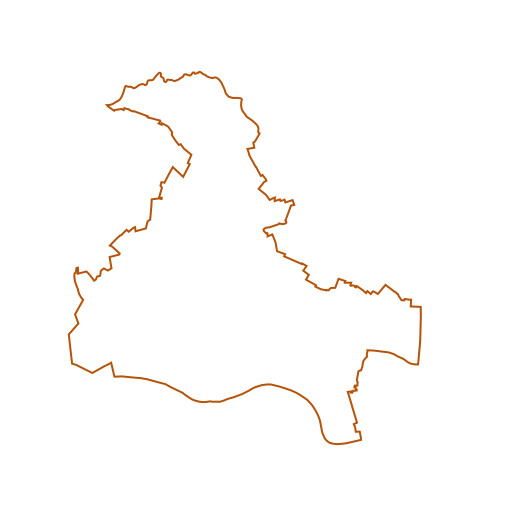 Tien Du, Bắc Ninh, Vietnam (Mercator projection), rotated 17°
{"feature_id": "81297802B37279419107484", "entity_name": "Tien Du", "entity_type": "district", "adm_level": 2, "iso_a3": "VNM", "parent_name": "Vietnam", "parent_adm1": "Bắc Ninh", "projection": "mercator", "projection_center": [106.031, 21.126], "detail": "fine", "context": "isolated", "style": "outline", "palette": "amber", "viewbox_px": 512, "rotation_deg": 17, "n_neighbors": 0, "source": "geoboundaries", "source_scale": "gbopen_adm2", "svg_char_len": 6055}
<svg xmlns="http://www.w3.org/2000/svg" viewBox="0 0 512 512"><g transform="rotate(17 256 256)"><path d="M201.3,121.7L200.1,120.6L198.8,118.7L197.6,116.0L196.9,112.9L196.7,110.6L196.2,109.9L195.1,109.7L191.8,110.3L187.7,111.6L183.8,111.7L181.9,110.9L179.6,109.3L177.0,105.6L172.0,100.1L168.6,97.8L166.3,97.1L164.5,97.2L163.6,97.7L162.6,98.6L159.7,98.8L157.9,98.7L156.2,98.5L155.0,97.9L154.3,97.7L153.4,97.7L151.4,97.2L150.1,96.6L149.4,96.6L148.8,96.3L148.3,96.3L147.8,96.7L147.4,97.4L147.1,97.8L146.5,97.9L146.0,98.6L145.5,99.0L144.4,99.5L143.8,99.4L143.2,98.7L142.4,98.8L141.9,99.2L141.6,100.0L141.0,101.8L140.5,102.4L139.3,102.8L138.2,102.9L136.4,102.7L135.0,103.0L134.2,103.7L133.9,105.1L133.5,106.2L132.2,107.5L130.4,109.8L128.3,111.6L126.9,112.5L125.9,112.6L124.9,112.4L123.8,112.3L122.7,112.7L120.2,113.0L119.7,113.3L119.5,114.0L119.3,115.3L118.8,116.0L118.3,116.2L117.7,116.0L116.8,115.4L115.6,113.1L114.9,112.8L112.8,112.2L112.4,111.8L112.2,111.1L112.0,109.8L111.5,109.1L110.8,108.8L110.0,109.0L109.5,109.6L109.1,110.6L108.3,111.9L107.6,113.6L106.4,116.6L105.9,117.7L105.4,118.1L104.7,118.5L102.1,119.3L101.5,119.9L101.3,120.8L101.3,123.1L101.0,124.3L100.5,124.8L100.0,125.0L98.6,124.7L97.1,124.7L95.0,126.1L93.9,127.1L91.9,129.8L90.6,131.0L89.9,131.3L88.7,131.1L87.2,130.7L86.6,130.7L85.4,131.3L83.5,131.5L82.1,131.4L81.6,131.7L81.4,132.1L81.3,132.7L81.4,138.0L81.2,141.1L80.7,144.1L80.1,146.0L79.5,147.2L77.0,149.7L74.5,152.5L72.2,154.2L69.3,155.3L70.7,156.2L77.9,158.6L78.3,157.6L80.6,156.6L81.8,155.9L82.1,155.9L84.1,154.8L84.8,154.7L85.7,155.1L86.8,155.1L86.9,153.1L88.9,153.1L89.5,153.0L90.8,152.9L91.8,153.0L92.1,153.3L93.6,153.6L96.2,153.7L96.5,153.3L97.9,153.2L100.8,153.5L102.0,153.4L102.8,153.5L111.3,154.0L111.2,154.6L112.5,154.7L112.5,155.1L114.4,155.1L115.5,154.9L116.9,154.9L117.9,154.7L118.5,154.8L121.4,154.7L124.0,154.5L124.6,154.5L125.2,155.2L124.1,157.7L127.4,158.1L127.3,156.6L133.3,157.7L134.4,158.1L139.0,161.7L139.8,162.5L139.9,164.5L140.2,164.9L144.6,168.7L149.8,172.4L151.3,171.1L155.7,174.4L164.6,178.1L163.6,187.1L165.8,187.5L163.2,201.6L150.4,195.3L150.2,196.5L149.1,201.6L147.2,211.5L147.0,212.7L144.0,213.0L144.1,216.7L146.1,218.2L146.2,228.1L148.9,228.0L149.0,229.1L146.2,229.4L139.7,232.3L141.3,238.6L144.2,252.3L142.2,254.5L142.6,261.9L135.5,266.3L133.6,267.6L131.9,263.8L130.4,265.1L127.2,270.0L124.6,268.8L120.9,275.6L119.9,276.2L117.1,281.2L113.2,288.8L115.7,289.1L124.9,293.4L124.8,294.6L116.3,299.8L121.4,310.0L118.6,313.2L114.2,312.4L112.4,314.7L112.1,315.8L112.7,320.5L110.1,322.1L109.7,325.4L108.3,327.0L106.7,325.6L101.4,322.0L98.4,320.4L90.8,325.0L90.0,321.5L89.1,319.2L87.9,319.9L88.5,325.0L87.6,325.5L87.9,327.4L88.6,329.7L90.1,332.9L92.7,336.5L95.3,339.8L97.7,343.7L100.6,346.6L103.5,348.5L103.1,350.6L100.0,364.8L100.4,365.2L105.9,372.5L99.9,385.6L104.1,395.5L111.6,412.7L115.5,412.7L133.7,415.7L142.7,406.3L147.6,401.6L148.7,400.4L155.9,412.8L163.1,410.3L172.2,408.5L181.4,406.5L187.6,405.7L201.0,405.3L206.7,405.0L213.4,406.4L217.1,407.0L224.0,408.0L226.0,408.4L227.9,409.2L235.1,411.4L237.2,411.9L239.7,412.1L244.2,411.9L247.4,411.4L250.0,410.6L254.7,408.4L256.0,408.3L257.6,407.9L261.2,406.7L263.7,406.1L264.3,405.8L267.3,403.8L270.8,400.9L275.7,397.8L282.3,392.7L284.4,390.9L289.2,386.2L291.2,383.8L293.9,381.5L299.1,377.9L304.1,375.6L307.9,374.5L316.3,374.0L324.3,374.1L329.3,374.3L333.7,374.9L336.5,375.4L339.5,376.2L346.9,378.5L352.3,381.6L354.5,383.2L358.0,386.3L359.4,387.6L361.9,390.3L363.7,392.5L365.1,394.4L365.9,395.8L370.2,404.1L371.3,405.9L374.6,409.8L375.6,410.7L376.4,411.2L377.5,411.8L380.0,412.9L381.4,413.1L384.4,413.0L388.6,412.2L392.0,410.9L396.7,408.9L410.1,401.2L409.4,399.0L406.5,393.6L402.8,394.9L401.2,391.4L400.2,390.0L398.7,388.2L401.3,385.8L401.0,385.3L392.7,373.0L391.0,370.3L383.5,359.1L386.5,357.7L386.6,358.9L388.0,358.6L388.4,356.4L390.7,355.7L390.7,355.2L391.6,355.0L391.2,354.1L390.3,354.2L389.6,352.5L388.5,352.8L388.3,351.1L390.8,350.3L390.3,348.0L390.1,346.8L389.4,346.2L389.0,345.8L388.6,344.7L387.9,338.1L387.7,336.8L387.8,336.1L388.0,335.9L388.5,335.4L389.4,335.0L389.9,334.6L390.0,334.0L389.9,332.7L390.1,331.3L389.4,326.5L389.5,324.8L389.8,323.7L390.3,322.3L390.8,321.2L391.3,320.5L391.5,320.0L391.5,319.2L390.6,317.5L390.6,316.8L390.5,314.6L390.1,313.6L396.7,311.9L410.0,309.6L411.6,309.4L416.2,309.5L421.7,310.7L426.4,311.2L428.0,311.6L429.7,312.3L432.4,313.2L435.6,313.7L439.7,313.2L442.7,312.3L437.9,289.3L431.3,265.6L428.4,256.5L418.7,259.0L417.1,252.4L415.0,253.0L410.9,253.6L410.6,253.8L410.8,255.1L408.4,255.7L408.0,255.7L404.2,252.6L403.6,251.9L403.0,251.0L402.1,250.9L400.6,249.9L399.7,249.8L398.1,249.4L388.3,245.7L383.6,256.7L378.9,255.5L378.2,255.6L376.8,258.8L372.8,257.0L372.1,259.3L367.7,257.3L361.3,255.3L360.8,256.8L359.9,256.7L359.8,255.8L357.6,255.7L357.3,255.8L355.3,256.8L354.8,256.5L354.8,253.7L348.7,255.6L348.6,254.4L348.7,253.8L341.9,253.7L341.6,253.7L341.1,263.2L339.5,263.9L337.9,264.3L337.1,264.6L336.1,266.0L335.6,267.0L335.5,267.6L333.4,267.8L333.3,268.3L327.6,268.8L321.7,267.9L321.9,266.4L310.7,264.0L312.0,258.6L305.5,256.2L307.3,250.8L302.3,249.6L302.2,250.3L283.0,248.1L283.3,245.7L274.8,245.3L270.5,237.0L265.3,230.6L261.3,233.9L260.6,231.6L260.0,230.7L259.0,231.4L255.9,229.6L255.5,228.2L257.3,226.0L260.0,224.8L260.3,224.8L266.8,220.1L268.4,218.9L268.7,218.0L269.3,218.1L270.7,217.9L271.7,217.8L272.7,217.6L273.3,216.9L274.1,216.7L275.0,216.0L275.2,215.4L275.2,214.8L274.9,214.4L273.6,213.4L273.9,212.6L274.7,198.1L274.6,197.7L277.6,195.9L274.6,191.9L268.4,196.2L266.8,193.8L265.7,194.7L263.3,196.2L262.3,194.9L257.8,198.0L257.0,195.1L257.0,194.6L255.3,195.9L252.7,198.4L252.0,197.9L247.9,194.7L238.9,191.1L242.1,182.9L243.9,181.0L242.4,179.2L241.7,178.9L238.5,176.6L237.3,178.0L231.2,172.1L230.3,170.9L229.8,170.7L229.6,170.8L221.1,162.6L219.7,160.9L219.5,160.3L216.5,156.1L222.7,153.0L220.3,148.3L221.4,147.0L222.0,145.1L223.6,137.7L222.1,137.1L221.7,136.3L221.2,133.6L220.4,132.0L219.1,130.8L216.7,129.4L212.3,127.4L206.5,125.6L203.9,123.5L201.3,121.7Z" fill="none" stroke="#b45309" stroke-width="2"/></g></svg>